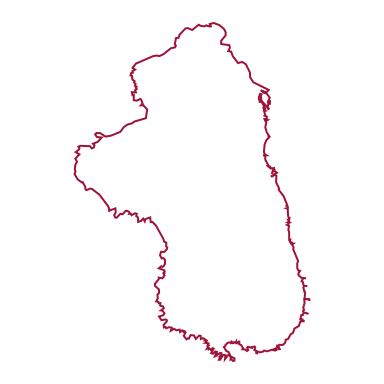 the district of Bataan, Bataan, Philippines
{"feature_id": "2640588B97763445928490", "entity_name": "Bataan", "entity_type": "district", "adm_level": 2, "iso_a3": "PHL", "parent_name": "Philippines", "parent_adm1": "Bataan", "projection": "orthographic", "projection_center": [120.476, 14.665], "detail": "fine", "context": "isolated", "style": "outline", "palette": "rose", "viewbox_px": 384, "rotation_deg": 0, "n_neighbors": 0, "source": "geoboundaries", "source_scale": "gbopen_adm2", "svg_char_len": 5985}
<svg xmlns="http://www.w3.org/2000/svg" viewBox="0 0 384 384"><path d="M268.7,89.9L253.3,82.3L250.1,77.2L249.9,72.4L245.8,64.2L242.0,61.9L238.1,63.1L232.8,56.2L231.1,51.6L228.3,51.1L229.9,47.8L229.3,45.2L221.2,44.0L221.2,40.7L225.6,35.5L225.7,32.3L224.1,29.1L219.4,25.1L213.7,23.0L209.8,24.0L210.9,26.3L209.6,26.5L206.1,25.4L204.3,26.4L200.4,25.8L198.8,24.7L192.2,30.0L187.8,28.1L185.4,28.5L179.6,34.7L178.5,37.8L176.0,38.1L174.8,44.2L175.8,45.5L175.2,47.3L170.8,48.3L163.7,54.1L159.3,56.1L156.5,55.5L153.0,56.2L135.9,63.6L132.6,67.9L135.1,69.6L132.5,71.0L132.8,72.7L131.3,72.9L130.5,75.4L132.0,75.8L132.4,79.5L134.6,81.1L134.0,82.3L135.6,83.9L134.9,85.7L136.6,86.7L135.8,87.7L136.7,89.0L135.1,90.1L135.9,92.4L131.8,92.2L132.5,95.2L133.8,94.9L133.7,100.2L136.9,100.7L140.2,98.9L141.2,99.7L142.6,103.4L141.8,104.2L142.6,104.7L141.6,105.3L143.3,105.3L147.2,109.5L145.9,118.2L134.5,121.5L131.9,123.4L127.3,124.6L123.6,127.3L120.4,131.8L111.1,135.6L105.5,136.6L100.3,133.2L96.5,133.0L95.1,134.4L96.9,137.0L101.7,137.5L97.7,141.9L93.0,143.7L94.5,145.3L93.9,147.4L91.8,148.4L90.0,146.2L80.3,145.8L78.4,146.7L79.5,148.2L78.9,149.6L75.7,152.1L79.4,154.3L75.3,158.6L77.0,161.7L75.4,164.7L74.8,169.2L75.5,171.3L74.6,174.2L77.7,179.4L82.0,182.5L82.7,182.1L85.2,186.8L85.5,189.5L86.7,190.1L90.0,188.6L92.0,188.9L99.5,194.8L107.8,205.7L109.1,208.5L109.0,211.6L109.4,210.6L115.4,208.4L115.7,212.3L114.2,215.2L115.3,217.6L116.8,217.6L120.3,213.8L122.5,214.3L125.6,210.9L126.9,210.9L128.9,211.6L129.8,213.1L129.2,213.9L131.0,214.0L131.6,215.2L135.0,213.3L136.8,213.8L136.2,216.1L137.9,217.3L138.2,221.9L141.0,220.9L143.2,218.6L144.7,221.3L145.2,219.2L150.2,217.4L150.7,222.1L152.4,222.0L155.8,225.3L163.4,238.9L164.1,241.6L166.3,242.6L166.1,246.2L167.3,247.7L167.0,249.0L164.4,251.9L161.0,251.8L160.0,255.3L161.7,258.4L163.3,258.1L164.9,259.6L165.1,263.6L163.6,266.3L162.3,266.9L161.4,266.2L158.8,268.3L164.5,270.4L164.7,271.8L163.8,272.4L164.3,273.3L163.5,273.6L164.5,275.6L162.4,278.3L158.7,277.6L158.8,279.1L154.8,284.1L155.1,286.0L158.9,289.4L159.1,293.0L157.4,294.6L157.8,298.3L156.2,301.4L158.4,301.9L158.8,303.3L160.4,303.1L160.2,305.7L163.1,306.5L163.7,308.4L161.0,310.4L162.3,310.5L164.5,313.3L163.3,315.2L159.0,316.5L161.5,320.2L165.6,319.4L166.8,320.1L166.8,321.5L163.6,324.9L163.9,327.4L165.5,326.9L166.3,328.3L168.5,327.3L171.2,327.4L171.9,328.0L170.9,330.7L174.3,328.8L176.2,330.3L179.6,329.6L180.1,332.1L182.2,330.4L183.7,332.0L183.6,330.9L184.7,331.2L185.6,332.4L183.8,335.9L186.4,339.3L187.9,338.3L188.8,338.7L190.6,335.1L194.1,335.5L195.8,338.9L199.1,335.6L200.6,335.8L200.9,339.0L203.0,338.2L204.5,338.9L204.5,340.4L205.8,339.9L206.8,340.7L206.0,341.4L206.6,342.4L205.5,342.9L208.5,343.4L207.9,344.7L208.7,345.4L207.4,346.2L207.8,347.8L207.2,348.4L207.0,348.7L208.6,348.1L208.7,349.1L209.5,348.5L210.7,349.9L212.6,348.2L213.7,348.6L211.2,353.1L213.1,353.8L215.2,351.5L216.8,351.8L214.9,356.4L216.7,355.7L217.8,353.7L218.9,354.3L220.1,352.9L221.5,353.2L221.3,355.3L219.6,356.8L220.6,357.1L218.9,359.7L220.1,359.8L223.1,355.1L224.4,354.8L225.4,355.5L225.0,359.1L226.8,356.8L226.7,355.6L228.5,355.2L230.8,356.9L230.5,359.6L231.3,359.2L233.0,361.0L234.4,360.7L234.5,358.4L230.6,356.3L228.4,351.8L226.4,351.1L223.9,347.1L225.3,346.1L225.7,344.0L225.6,344.9L227.7,342.8L230.4,342.3L230.8,342.9L231.6,341.7L232.2,342.5L232.8,341.9L232.4,343.1L233.5,343.1L234.0,342.1L235.6,342.8L236.2,341.6L236.7,344.2L236.8,342.4L237.4,343.6L237.4,342.4L238.6,342.5L239.3,340.7L239.3,344.3L241.0,344.9L243.0,348.0L242.4,349.3L245.3,349.5L246.9,351.0L248.2,350.1L247.2,347.7L247.7,346.8L251.6,347.8L251.3,347.2L254.6,346.5L255.3,347.4L254.4,350.1L256.4,351.0L256.2,353.1L258.0,353.6L256.4,353.0L256.4,351.1L259.7,352.3L262.9,351.7L264.1,350.5L266.9,351.4L271.9,349.7L275.2,350.6L276.1,350.1L274.6,348.9L275.5,348.6L275.7,349.4L276.2,349.3L276.4,349.2L275.6,348.6L276.7,347.8L277.2,345.7L278.6,346.7L278.9,349.2L279.7,349.1L279.3,348.3L279.8,348.1L280.0,348.0L279.2,348.3L278.5,346.2L279.1,344.8L282.9,344.9L285.2,342.6L285.7,339.7L288.1,339.0L290.6,334.3L293.0,332.9L294.5,328.5L298.9,326.0L300.3,321.5L301.8,321.4L300.3,320.5L303.7,321.0L303.8,319.9L303.6,320.9L302.3,320.7L302.5,319.4L300.3,319.0L301.4,315.0L302.9,314.9L303.6,312.7L304.4,312.7L306.7,313.5L307.4,313.6L307.5,313.5L304.5,312.5L303.6,312.6L303.0,310.9L304.1,309.7L303.2,308.0L304.6,302.9L304.2,299.2L309.3,299.2L309.3,300.5L309.4,301.0L309.3,299.2L304.5,298.9L305.1,293.3L304.3,291.4L305.5,290.9L304.3,291.1L303.3,287.4L304.2,286.0L307.3,286.0L303.7,285.9L302.9,282.1L301.6,281.2L303.2,278.3L306.0,278.2L301.5,277.9L298.4,275.0L298.3,273.5L300.0,270.9L298.4,270.5L297.3,268.4L297.2,263.7L298.1,261.0L293.2,249.3L293.6,247.4L292.1,244.7L293.3,243.7L291.0,243.7L290.4,242.5L291.1,242.2L289.8,241.6L290.3,239.6L289.2,239.8L289.1,231.6L288.3,229.9L289.1,226.1L287.2,225.0L288.4,224.6L288.1,223.1L289.0,222.8L287.6,222.4L289.2,221.6L288.1,219.9L289.1,219.9L289.5,218.0L288.8,218.1L288.1,215.8L287.7,208.7L286.5,208.3L287.9,207.9L287.7,206.4L286.4,205.7L287.1,204.8L283.6,196.2L278.6,189.6L279.1,188.4L276.1,182.3L276.4,175.8L274.8,174.8L272.0,176.5L271.6,176.1L276.9,172.7L274.9,171.3L274.1,168.7L273.4,169.4L272.4,173.0L272.1,173.0L273.7,168.1L271.4,168.4L270.3,167.0L270.1,168.0L267.4,165.7L268.2,165.2L265.3,159.8L265.2,155.7L263.1,155.4L266.5,155.3L264.7,154.2L263.9,152.0L264.6,144.6L266.3,140.2L268.8,137.7L268.5,136.4L269.4,136.4L266.8,132.5L265.3,127.4L266.2,122.5L265.6,121.3L267.3,120.2L264.9,120.2L264.4,119.1L266.8,118.6L266.8,116.6L264.6,115.7L265.2,115.2L264.1,111.1L264.9,110.9L263.8,110.5L263.9,109.7L265.3,109.9L265.2,108.8L264.6,107.8L262.6,108.0L264.6,107.2L261.6,101.8L260.5,101.9L261.1,101.1L259.5,100.7L260.0,99.5L258.9,99.2L258.8,97.4L260.1,93.9L262.4,94.5L261.1,94.4L260.8,95.6L261.5,100.9L266.8,106.4L268.2,109.1L268.8,108.7L267.2,106.2L268.1,105.6L268.2,103.6L269.9,103.8L270.0,101.3L268.0,101.5L269.8,97.7L266.7,93.6L263.4,92.6L260.8,90.2L266.2,92.4L268.7,89.9Z" fill="none" stroke="#9f1239" stroke-width="2"/></svg>